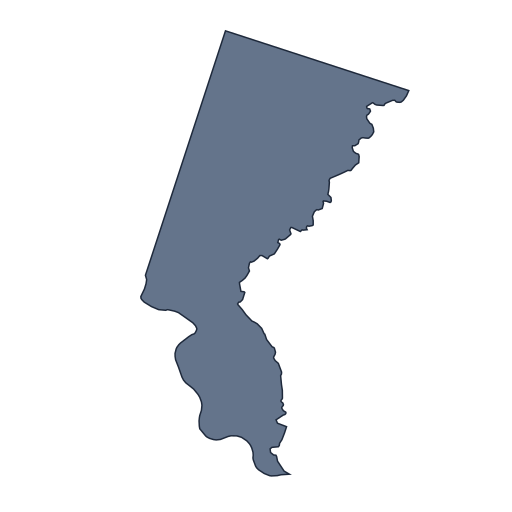 Union, South Dakota, United States of America, rotated 18°
{"feature_id": "52423323B60161926026355", "entity_name": "Union", "entity_type": "district", "adm_level": 2, "iso_a3": "USA", "parent_name": "United States of America", "parent_adm1": "South Dakota", "projection": "robinson", "projection_center": [-96.567, 42.782], "detail": "fine", "context": "isolated", "style": "filled", "palette": "slate", "viewbox_px": 512, "rotation_deg": 18, "n_neighbors": 0, "source": "geoboundaries", "source_scale": "gbopen_adm2", "svg_char_len": 3329}
<svg xmlns="http://www.w3.org/2000/svg" viewBox="0 0 512 512"><g transform="rotate(18 256 256)"><path d="M325.7,405.6L331.0,398.9L332.4,397.9L332.9,397.0L333.0,396.0L332.5,395.3L329.9,394.7L327.7,393.0L327.3,392.1L327.6,390.8L328.1,389.9L328.0,388.8L326.9,387.5L325.2,386.9L324.6,386.4L324.4,385.5L325.0,384.0L325.1,383.1L322.6,375.7L320.0,370.5L316.4,362.2L316.7,360.4L316.2,358.5L310.4,351.2L306.6,349.6L304.3,347.6L304.0,346.5L304.5,343.7L304.3,341.5L301.9,337.9L301.1,337.5L299.4,337.4L291.9,332.2L288.5,327.6L287.7,327.4L283.8,323.1L278.1,320.1L274.8,319.4L272.2,319.1L264.6,315.0L259.4,311.2L253.9,307.9L253.3,307.3L253.8,305.3L255.2,304.6L256.7,301.6L256.6,294.1L255.7,293.7L252.6,294.3L249.0,287.7L248.4,286.2L250.5,283.5L252.4,280.4L253.4,277.2L254.4,272.3L252.5,269.6L252.0,265.0L252.5,263.3L253.5,263.3L255.7,261.5L258.2,257.6L259.5,254.4L261.6,253.7L267.7,255.1L268.1,254.6L268.8,251.9L272.8,248.3L274.3,242.8L275.3,238.0L275.2,237.5L274.5,236.8L272.6,236.5L272.4,233.4L272.9,232.8L275.1,233.2L278.0,231.3L278.7,230.7L282.3,224.8L282.4,224.1L279.9,220.8L280.3,218.1L281.3,217.8L285.9,218.4L290.6,219.0L291.8,216.9L292.9,216.8L296.5,215.2L295.3,214.0L295.1,212.3L295.6,211.4L297.2,211.3L300.1,209.7L300.8,208.8L299.5,204.8L297.4,200.8L297.4,200.4L297.8,195.9L299.1,193.6L299.6,193.1L301.0,193.0L304.3,190.4L304.0,185.2L302.9,183.3L303.1,182.8L306.2,182.1L309.9,182.2L310.6,181.3L310.5,180.0L309.2,177.2L305.3,175.2L305.0,172.0L304.6,169.8L304.3,168.5L303.0,163.2L302.2,161.8L302.2,160.5L302.5,159.2L311.1,151.7L314.1,148.9L316.9,146.2L319.2,145.7L319.9,145.2L320.7,142.9L322.4,138.8L324.9,135.6L323.4,129.6L322.3,127.8L321.7,127.5L319.2,127.5L316.3,126.4L314.0,123.2L313.7,121.3L315.9,120.6L318.4,117.6L318.4,115.6L318.0,113.9L319.6,111.3L321.1,110.4L323.6,110.0L326.3,109.3L326.9,108.9L328.2,106.8L329.1,104.6L329.6,101.5L328.1,98.2L325.5,95.0L323.3,94.6L319.0,91.3L318.6,90.6L317.9,88.8L318.0,87.7L319.1,86.4L320.1,83.2L320.1,82.8L318.7,81.0L317.5,81.1L316.4,81.4L315.6,80.8L315.0,79.5L319.4,74.2L320.2,74.2L322.2,75.0L324.1,75.1L330.4,73.6L331.2,73.2L331.6,71.4L332.4,70.4L337.7,65.8L339.8,65.0L341.5,66.0L342.5,66.1L345.3,65.4L346.5,64.7L348.0,62.3L349.6,57.2L350.2,51.5L157.4,51.3L156.8,308.5L159.3,312.2L160.0,316.4L160.1,321.9L159.0,330.1L159.7,331.8L160.9,332.8L163.9,334.4L172.2,336.4L180.0,337.1L187.0,335.5L188.1,334.5L189.4,334.2L195.7,333.6L199.8,333.8L216.5,339.0L220.0,341.0L222.0,343.1L222.3,343.8L222.3,345.4L221.9,347.9L221.2,349.2L219.3,350.6L216.9,353.6L211.2,361.9L210.0,364.2L209.0,367.3L208.8,369.1L209.1,373.6L210.1,376.5L211.6,379.5L216.6,385.6L223.0,394.0L225.4,396.4L228.4,398.3L237.8,401.8L243.7,405.6L246.2,407.8L249.2,411.6L250.7,414.6L251.8,419.6L251.8,425.2L252.1,427.2L252.8,430.4L254.7,435.4L255.9,437.7L263.8,442.7L265.3,443.3L268.2,443.8L272.4,443.7L275.0,443.2L278.8,441.5L285.3,436.2L287.8,434.7L293.4,433.0L298.3,432.9L304.3,434.6L307.8,436.6L309.4,437.9L311.3,439.9L313.8,443.6L314.9,446.3L315.5,449.0L316.4,450.7L320.5,455.9L322.0,457.2L324.5,458.5L331.0,460.3L336.9,460.7L338.6,460.4L344.1,458.3L347.4,456.3L355.2,453.2L349.2,451.9L339.9,444.5L337.6,440.4L336.5,439.3L334.2,439.8L330.6,438.4L329.0,435.1L330.2,433.1L336.2,430.5L336.7,429.0L336.3,426.8L337.4,422.7L337.8,415.4L337.8,408.9L328.1,408.4L325.7,405.6Z" fill="#64748b" stroke="#1e293b" stroke-width="1.5"/></g></svg>